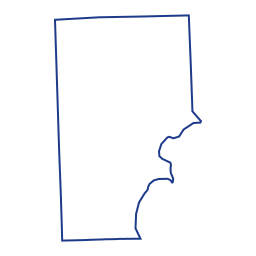 the district of Macomb, Michigan, United States of America
{"feature_id": "52423323B97340038946788", "entity_name": "Macomb", "entity_type": "district", "adm_level": 2, "iso_a3": "USA", "parent_name": "United States of America", "parent_adm1": "Michigan", "projection": "mercator", "projection_center": [-82.866, 42.672], "detail": "fine", "context": "isolated", "style": "outline", "palette": "blue", "viewbox_px": 256, "rotation_deg": 0, "n_neighbors": 0, "source": "geoboundaries", "source_scale": "gbopen_adm2", "svg_char_len": 758}
<svg xmlns="http://www.w3.org/2000/svg" viewBox="0 0 256 256"><path d="M55.0,19.8L57.8,108.1L59.2,152.3L59.8,167.9L60.9,196.9L61.8,226.1L62.2,240.6L83.8,240.1L90.6,239.8L103.5,239.4L104.6,239.3L116.6,239.1L119.1,238.9L140.5,238.7L135.5,228.3L136.1,213.8L139.0,202.5L144.3,193.9L144.6,193.4L147.6,189.9L148.3,186.5L149.5,184.0L153.8,180.4L158.7,179.0L167.6,178.8L170.4,180.1L172.1,182.5L172.9,181.9L173.2,178.5L170.8,172.9L170.5,168.0L171.0,165.2L170.4,162.7L162.4,158.9L159.4,156.2L159.0,151.2L159.8,148.9L161.4,144.0L167.4,137.4L169.2,136.8L173.5,138.3L179.1,136.5L182.4,131.4L183.6,129.5L193.5,123.0L200.3,122.6L201.0,121.2L192.4,111.3L192.2,103.9L190.9,67.9L188.8,15.4L142.3,16.5L98.9,17.3L55.0,19.8Z" fill="none" stroke="#1e3a8a" stroke-width="2"/></svg>